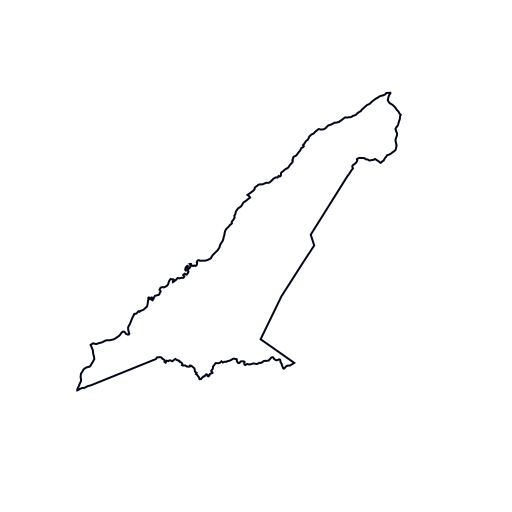 Canas, Guanacaste, Costa Rica, rotated 33°
{"feature_id": "36466004B65281330352027", "entity_name": "Canas", "entity_type": "district", "adm_level": 2, "iso_a3": "CRI", "parent_name": "Costa Rica", "parent_adm1": "Guanacaste", "projection": "equal_earth", "projection_center": [-85.111, 10.45], "detail": "fine", "context": "isolated", "style": "outline", "palette": "ink", "viewbox_px": 512, "rotation_deg": 33, "n_neighbors": 0, "source": "geoboundaries", "source_scale": "gbopen_adm2", "svg_char_len": 6099}
<svg xmlns="http://www.w3.org/2000/svg" viewBox="0 0 512 512"><g transform="rotate(33 256 256)"><path d="M307.6,76.3L305.8,75.3L305.2,74.5L304.2,74.0L303.8,73.5L303.6,72.6L303.8,68.8L302.9,66.2L301.9,62.5L300.8,60.5L300.4,58.7L299.0,58.5L297.1,57.4L294.4,56.7L291.6,55.5L288.4,54.9L285.0,55.0L284.0,54.8L282.4,54.0L281.6,53.4L280.6,50.9L280.1,48.5L280.0,46.1L279.6,46.0L276.6,48.3L276.2,50.3L275.3,51.8L273.1,54.2L270.7,59.1L269.3,62.9L268.4,66.6L267.0,68.8L266.5,70.1L265.0,76.0L265.0,77.4L263.9,79.3L263.7,80.3L263.1,81.6L262.9,83.3L260.9,85.8L260.4,87.1L259.9,87.9L257.9,89.4L256.8,90.5L255.9,90.8L255.2,91.4L254.4,93.4L253.6,95.9L252.8,97.4L252.6,98.6L251.7,99.2L251.0,100.2L249.3,101.4L247.4,104.9L245.7,106.8L245.1,108.7L244.9,110.5L243.8,112.8L241.8,114.5L239.4,115.4L238.0,119.5L237.7,121.7L236.2,124.2L236.2,125.0L235.9,125.5L235.7,126.4L235.7,127.7L236.0,128.5L236.1,130.5L235.7,131.2L235.4,132.3L235.3,133.6L235.4,135.8L235.1,136.5L235.0,137.5L236.3,137.9L236.3,138.7L236.2,139.2L235.2,140.7L235.5,142.7L235.5,144.3L235.2,146.0L235.2,147.9L235.0,149.6L234.8,150.3L233.8,151.7L233.5,152.5L233.5,153.1L234.1,154.1L234.2,155.8L235.1,156.2L235.3,156.6L235.4,157.9L235.1,160.1L234.9,160.5L234.9,163.9L234.5,165.4L234.0,166.0L233.1,167.9L232.6,170.0L231.8,172.0L231.9,173.0L233.0,174.9L233.0,175.9L232.5,176.4L231.4,176.5L231.3,178.5L229.8,179.3L229.5,179.7L228.5,181.8L228.2,183.9L227.9,184.3L227.9,185.1L227.2,187.1L226.4,188.0L224.6,189.1L222.6,192.2L220.0,194.0L219.1,195.1L218.9,196.1L217.9,198.7L217.9,199.8L218.4,200.7L218.3,202.3L217.4,204.9L215.6,209.4L217.4,209.5L219.2,210.2L217.2,216.0L216.3,218.0L216.5,222.1L215.9,224.0L215.0,225.8L214.9,229.2L215.1,230.2L215.9,232.3L215.9,234.1L217.1,235.3L217.3,238.1L217.1,238.8L217.1,240.6L218.0,241.8L217.9,242.5L217.3,244.1L217.0,246.9L216.4,249.0L216.4,251.4L217.0,253.4L218.2,256.0L218.5,257.5L219.3,259.4L219.8,261.3L219.8,265.5L220.2,267.4L220.7,268.8L220.7,271.9L219.2,278.9L219.2,280.7L219.4,282.6L218.1,284.9L216.4,287.2L211.6,290.5L210.8,290.5L209.9,290.9L209.5,292.2L209.7,293.3L209.8,293.6L210.2,293.6L210.5,293.9L211.2,296.2L210.7,297.3L209.5,297.5L208.7,298.6L207.8,299.1L207.1,299.1L206.4,298.3L205.9,298.0L204.7,298.8L205.3,299.3L206.4,299.6L206.8,300.9L206.8,302.6L206.4,304.0L204.9,304.0L204.7,301.9L204.3,301.6L203.8,301.6L203.4,302.5L203.4,304.0L203.9,305.8L204.6,306.4L205.1,306.4L206.4,305.5L207.3,305.5L208.0,306.0L208.1,309.2L207.8,309.5L207.3,309.6L205.8,309.7L205.3,311.1L205.3,311.6L207.0,312.1L207.0,313.8L205.6,314.7L203.9,316.5L202.3,317.1L201.8,319.9L200.6,323.2L200.4,323.1L200.2,322.5L199.9,320.7L199.1,320.7L198.0,321.5L197.0,321.7L196.8,322.6L196.8,324.1L197.1,325.7L197.7,327.6L197.6,329.4L196.5,331.6L195.8,332.5L194.3,333.1L193.3,334.5L193.3,336.6L193.5,337.0L194.7,337.2L195.3,337.8L195.4,338.3L195.3,339.5L195.8,340.5L195.7,341.3L195.4,341.8L193.0,344.3L193.0,346.3L193.3,347.4L193.4,349.2L193.2,349.6L192.4,349.5L191.9,347.9L191.6,347.6L191.2,347.5L190.7,348.1L190.5,349.9L189.9,350.0L189.1,349.1L188.7,349.1L188.5,349.6L188.5,350.0L189.1,350.4L189.5,351.1L189.9,352.5L190.7,354.0L192.1,357.6L190.9,362.4L189.1,364.9L188.7,366.2L187.8,366.1L187.5,366.4L187.2,369.0L186.5,370.1L185.5,370.7L185.5,371.6L185.8,372.4L185.9,374.9L187.3,381.7L187.3,383.4L187.6,385.4L188.6,387.0L190.7,389.1L192.0,390.1L192.1,391.1L191.3,391.7L189.3,392.1L187.8,391.4L186.4,391.4L185.7,391.7L185.0,393.3L184.9,396.3L184.7,397.4L182.8,402.1L182.1,403.3L179.3,406.3L177.8,407.2L176.1,408.5L173.6,412.7L172.2,414.0L170.1,416.7L168.8,417.4L166.9,417.9L165.7,420.6L170.5,423.9L173.2,427.2L174.2,427.9L176.5,430.4L176.8,433.1L176.9,439.1L175.2,441.1L174.6,441.5L173.3,444.4L173.1,445.4L173.3,446.3L173.3,450.0L174.8,453.0L176.9,455.3L177.4,456.3L177.8,459.6L178.3,461.7L178.5,464.2L178.9,465.5L179.3,466.0L180.2,464.6L180.7,463.4L182.0,461.5L182.8,460.8L183.4,460.5L184.2,459.6L185.8,456.7L187.8,454.6L228.2,396.9L228.2,395.0L228.4,394.7L229.5,394.1L230.4,393.2L231.6,392.7L232.3,392.7L233.3,393.2L235.1,393.0L236.9,393.5L236.9,394.6L238.3,394.7L238.2,392.4L239.6,392.0L240.0,391.1L240.6,390.4L241.4,390.1L243.0,390.0L243.5,389.2L243.6,388.0L244.1,387.1L244.3,386.3L246.6,386.3L247.7,385.9L248.5,386.1L248.9,385.7L249.9,386.3L251.5,386.0L253.1,386.7L253.3,387.1L253.4,387.9L253.9,387.9L256.1,386.4L258.0,386.4L260.3,385.2L260.8,384.5L260.2,383.9L260.3,383.7L261.5,383.3L265.3,383.7L266.1,384.2L266.7,385.1L268.1,386.3L269.9,386.4L269.9,387.7L271.8,387.8L272.8,388.4L273.8,388.6L275.8,390.0L276.9,389.2L277.1,387.3L277.4,386.6L277.5,385.6L278.2,385.2L278.4,384.8L278.5,382.6L279.0,382.1L280.3,382.1L280.5,382.9L281.0,383.0L281.7,382.8L281.9,381.3L281.6,380.1L282.2,379.0L283.2,377.9L283.2,377.7L282.6,377.3L281.0,376.8L281.2,374.1L280.2,372.2L280.5,367.8L283.0,366.3L283.9,365.1L284.4,363.1L286.2,363.4L287.3,361.7L288.8,360.9L289.4,359.6L290.2,358.9L291.6,357.2L292.5,355.1L293.1,354.3L293.6,354.0L294.7,353.7L295.5,353.1L296.1,353.1L297.3,354.7L299.0,355.4L299.6,355.4L300.3,354.8L300.6,353.0L300.9,352.4L302.8,351.2L303.6,351.0L304.0,351.0L304.9,353.0L305.8,353.4L306.4,353.3L307.3,351.4L309.6,350.6L312.5,347.4L315.4,346.2L316.4,345.0L316.6,344.3L317.0,343.8L317.5,343.4L318.2,343.2L318.7,342.4L319.9,339.6L322.5,337.8L323.6,336.6L324.1,333.2L324.4,332.5L325.1,331.8L325.7,331.7L327.3,332.5L329.3,332.5L330.2,332.2L331.8,330.0L332.7,329.9L333.4,330.5L334.2,331.5L336.4,332.6L336.6,333.0L340.0,335.4L340.7,335.4L341.0,334.6L341.5,331.7L342.4,330.6L344.2,329.3L346.3,324.8L305.2,323.3L299.3,276.0L299.0,234.3L299.1,215.5L290.3,208.3L289.2,139.3L289.4,136.8L289.4,131.7L289.6,129.7L288.2,128.7L287.8,128.1L287.8,127.2L289.0,123.8L289.1,122.8L289.0,121.0L287.9,119.8L287.9,119.5L289.1,117.6L289.5,117.2L290.9,116.6L291.2,116.2L293.8,114.8L295.2,115.2L296.8,114.3L299.0,114.2L302.3,111.2L302.9,109.8L307.5,109.8L309.6,110.1L310.1,109.5L310.4,107.7L311.1,106.5L310.9,105.1L310.9,102.9L311.1,102.2L311.1,100.0L312.2,98.8L313.6,96.3L313.9,94.8L314.3,94.2L315.3,91.3L314.3,88.1L313.6,86.7L313.3,86.6L313.0,85.9L312.5,85.7L311.9,84.9L310.4,83.6L309.5,82.1L308.6,78.4L307.6,76.3Z" fill="none" stroke="#020617" stroke-width="2"/></g></svg>